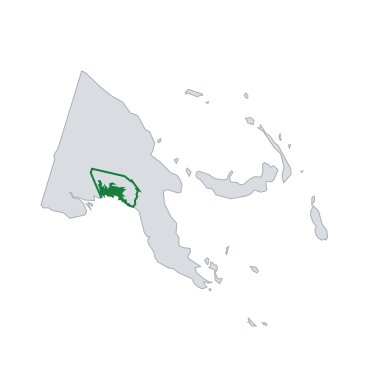 location of Kikori District, Gulf, Papua New Guinea, rotated 17°
{"feature_id": "67681753B67388913989028", "entity_name": "Kikori District", "entity_type": "district", "adm_level": 2, "iso_a3": "PNG", "parent_name": "Papua New Guinea", "parent_adm1": "Gulf", "projection": "robinson", "projection_center": [144.53, -7.347], "detail": "fine", "context": "in_parent", "style": "outline", "palette": "green", "viewbox_px": 384, "rotation_deg": 17, "n_neighbors": 0, "source": "geoboundaries", "source_scale": "gbopen_adm2", "svg_char_len": 9692}
<svg xmlns="http://www.w3.org/2000/svg" viewBox="0 0 384 384"><g transform="rotate(17 192 192)"><path d="M51.3,248.4L51.2,200.9L49.1,197.3L51.2,188.9L51.1,108.6L55.1,109.0L74.6,118.8L87.7,123.9L99.2,126.2L109.7,134.3L117.5,134.7L129.1,146.0L133.8,146.7L142.0,156.1L142.5,163.8L141.6,168.6L154.0,173.2L166.0,179.7L172.5,180.4L176.1,182.7L180.5,188.2L181.3,195.7L178.7,197.0L167.6,196.9L164.4,199.4L168.9,211.0L179.0,221.7L186.6,226.6L188.8,236.3L192.7,239.3L195.2,247.0L199.1,247.8L206.8,246.6L208.0,249.8L206.9,254.6L208.0,256.6L222.1,260.7L217.4,263.2L219.5,267.7L228.7,271.5L234.5,272.9L237.9,272.5L233.9,274.7L230.3,274.0L229.6,274.7L231.1,276.5L234.1,278.5L230.9,281.1L227.9,281.5L222.1,279.8L217.2,275.0L201.8,272.9L196.4,270.8L192.2,271.5L179.7,268.9L175.7,265.5L172.9,260.4L165.5,254.2L163.8,251.2L164.5,247.2L162.5,247.8L158.3,244.8L147.0,226.0L141.2,223.4L126.9,220.2L124.9,216.5L118.1,215.1L116.7,217.5L111.2,219.2L106.6,217.4L102.0,212.8L107.4,223.2L105.5,223.2L106.4,224.8L105.3,225.0L99.4,224.4L101.2,228.7L91.4,231.1L84.1,230.3L80.6,231.3L79.1,231.2L77.2,228.0L74.6,228.6L76.8,228.7L79.7,232.3L85.8,231.8L91.7,234.6L96.7,240.8L96.5,245.1L82.9,252.9L75.0,249.5L63.5,250.4L59.5,249.1L54.3,250.7L51.3,248.4ZM256.7,143.1L259.5,145.3L262.4,143.0L267.8,145.8L266.8,156.1L265.0,159.0L260.4,160.0L259.8,161.5L262.8,167.6L261.6,169.8L257.5,172.1L250.9,171.8L249.1,176.0L245.4,179.7L231.1,187.1L215.6,187.7L210.4,183.1L205.1,183.9L197.9,178.6L191.9,176.4L190.7,174.3L190.8,171.7L192.5,170.1L203.2,170.4L210.0,172.5L219.0,171.2L221.5,169.6L222.4,162.9L223.9,160.2L225.4,161.5L223.6,166.6L225.7,171.2L232.0,169.8L236.1,170.9L239.3,169.5L243.8,162.4L247.4,159.1L253.9,157.4L253.8,152.1L251.5,144.9L252.4,142.8L256.7,143.1ZM334.9,196.2L334.1,198.5L333.7,197.8L330.4,200.0L326.6,199.3L323.3,196.9L320.8,192.8L320.7,188.0L317.0,185.9L312.3,180.0L311.4,176.0L311.8,169.5L318.7,173.3L325.7,184.5L332.4,189.6L334.9,196.2ZM281.6,146.0L277.0,156.3L274.2,152.1L273.1,149.2L272.8,141.3L265.5,129.5L257.9,125.6L242.5,113.3L236.4,111.3L238.0,110.8L237.9,107.8L245.5,114.2L250.3,115.7L256.5,120.7L260.8,122.4L279.4,140.7L281.6,146.0ZM158.9,94.9L173.4,95.4L173.7,96.7L171.8,96.9L169.3,99.4L160.6,98.7L156.8,100.0L156.5,98.2L157.9,97.7L157.7,95.8L158.9,94.9ZM231.9,253.3L234.6,255.1L236.8,254.9L238.5,256.9L238.8,260.2L237.9,261.0L237.2,260.0L230.2,259.3L231.5,257.4L230.2,253.6L231.9,253.3ZM230.6,109.7L225.4,109.7L221.6,105.7L226.6,103.7L230.4,105.6L230.6,109.7ZM242.3,267.8L245.6,265.7L246.4,266.5L245.1,271.6L240.0,269.4L236.6,261.1L242.3,267.8ZM269.5,246.1L275.1,245.2L277.8,247.4L278.6,248.2L278.0,250.4L273.4,249.5L269.5,246.1ZM282.2,295.8L292.6,301.5L288.7,302.4L285.5,300.9L285.0,299.5L283.7,300.0L284.4,299.0L282.2,295.8ZM184.8,177.7L180.1,173.4L180.4,170.5L185.3,173.1L184.8,177.7ZM228.4,256.5L227.1,256.7L224.0,253.7L225.9,250.3L228.0,251.6L228.4,256.5ZM310.3,169.2L308.3,162.3L310.0,160.2L311.8,164.6L310.3,169.2ZM168.7,169.2L165.5,166.5L167.8,164.0L169.3,165.3L168.7,169.2ZM217.9,85.9L216.1,86.4L213.7,84.1L214.4,81.6L217.1,83.2L217.9,85.9ZM147.4,152.2L145.5,154.7L144.2,152.8L146.3,150.0L147.4,152.2ZM243.1,233.4L243.2,241.7L241.8,240.1L242.5,236.6L241.0,235.7L243.1,233.4ZM98.0,235.6L101.1,239.0L93.5,233.5L98.0,235.6ZM100.7,234.8L96.5,233.4L95.7,232.3L100.6,232.8L100.7,234.8ZM302.5,296.6L302.2,297.8L299.5,298.0L297.6,296.4L299.4,296.7L299.1,295.6L302.5,296.6ZM272.3,117.9L272.5,121.7L270.5,119.0L272.3,117.9ZM262.1,115.8L261.3,116.9L259.4,114.2L259.7,113.6L262.1,115.8ZM238.8,279.5L238.5,281.2L236.7,280.4L236.9,279.3L238.8,279.5ZM260.4,112.9L259.0,113.3L259.2,110.7L260.4,112.9ZM181.2,100.8L181.4,102.7L179.3,102.3L181.2,100.8ZM291.7,139.3L291.5,141.1L290.3,140.5L291.7,139.3Z" fill="#d9dde1" stroke="#a8b0b8" stroke-width="1"/><path d="M122.8,196.6L89.6,199.0L89.6,203.3L107.1,224.2L103.6,215.6L103.5,215.0L103.6,214.6L102.8,214.4L101.5,212.9L101.6,212.1L102.6,212.0L102.5,210.8L101.7,210.7L100.7,208.7L99.3,209.3L99.9,208.7L100.6,208.6L101.4,209.1L102.7,210.8L102.7,212.2L101.6,212.6L104.0,214.2L105.2,217.0L110.0,219.5L108.9,217.9L108.9,217.2L108.5,217.0L108.7,216.4L108.3,216.4L108.2,216.3L108.3,215.9L107.7,216.2L106.5,216.0L106.0,215.5L106.1,215.2L105.9,215.2L105.8,214.9L105.7,214.6L105.4,214.5L105.2,214.1L105.4,214.0L105.3,213.9L105.4,213.7L106.5,215.9L108.3,215.8L111.3,220.0L110.7,215.8L109.1,215.4L109.0,214.7L108.5,214.6L108.2,213.9L108.5,213.4L108.7,213.2L108.1,213.0L107.9,212.6L108.8,213.2L109.2,215.3L110.0,214.8L110.5,214.9L111.4,216.4L111.6,214.7L112.5,216.5L112.6,212.3L113.4,212.5L111.9,209.7L111.5,207.2L112.0,208.6L112.2,208.4L112.5,208.4L112.5,207.9L112.9,207.4L113.6,207.0L114.0,207.1L113.0,207.4L112.5,208.4L112.1,208.6L112.5,210.4L117.3,210.0L118.8,212.3L118.4,211.3L118.4,210.7L119.0,211.1L119.0,211.8L119.3,210.4L120.1,211.7L120.4,210.3L120.7,210.5L120.8,210.6L120.3,211.7L120.6,211.5L120.8,211.6L120.9,212.0L120.8,212.5L121.0,212.4L121.6,212.5L121.1,212.0L121.3,211.5L121.7,212.4L121.5,213.0L122.7,211.6L122.4,211.1L122.7,210.4L122.5,210.2L122.5,210.4L122.4,210.5L122.2,210.5L122.0,209.5L122.3,210.5L122.5,210.0L123.1,209.3L123.4,209.6L123.7,208.8L124.2,208.6L123.5,209.7L122.6,210.1L123.5,211.0L122.8,213.9L122.1,214.4L122.9,215.1L122.7,214.5L123.1,213.5L124.7,213.2L124.5,212.4L125.1,212.1L125.0,211.0L125.1,210.9L125.4,210.9L125.4,210.6L125.2,210.6L125.1,210.4L125.4,210.3L125.9,210.3L125.9,210.0L126.2,209.9L125.9,210.4L125.2,210.4L125.5,210.6L125.5,210.9L124.8,213.3L123.9,214.3L126.5,215.5L124.6,215.7L124.8,218.5L125.4,217.4L125.1,218.5L125.5,218.1L126.2,218.0L127.1,220.4L127.3,218.5L130.6,221.2L130.4,219.6L130.6,219.5L131.1,219.4L131.7,221.4L135.1,223.2L135.6,222.9L135.2,222.7L135.0,222.4L135.1,222.1L135.6,221.6L135.1,222.3L135.7,222.7L135.4,223.3L139.9,223.5L141.3,220.2L139.9,216.8L141.0,212.2L139.6,210.5L139.9,206.9L138.6,205.8L140.9,206.0L131.0,198.6L130.6,199.6L122.8,196.6ZM123.7,213.6L122.7,217.2L123.6,217.7L124.4,215.7L123.6,214.8L123.7,213.6ZM117.4,210.2L116.3,211.5L117.2,211.7L117.3,211.9L117.0,212.7L117.7,212.7L117.6,213.6L118.0,213.0L118.3,212.9L118.5,213.8L118.9,213.0L117.4,210.2ZM114.8,210.5L113.3,210.9L113.8,210.9L114.8,212.1L116.4,211.1L114.8,210.5ZM114.6,212.9L114.1,212.8L114.4,213.1L114.5,213.9L114.4,215.2L115.1,215.6L115.1,216.6L115.7,215.8L114.6,215.0L114.7,214.9L114.9,214.9L114.8,214.7L114.8,214.4L115.9,215.3L114.6,212.9ZM112.3,217.4L111.1,217.4L112.8,218.8L113.3,217.6L112.3,217.4ZM121.0,216.6L120.1,214.5L120.0,215.4L119.4,216.7L121.0,216.6ZM116.2,217.6L116.0,215.9L115.4,216.3L115.7,217.0L115.3,218.2L115.9,219.1L116.6,218.8L116.1,218.3L116.2,217.6ZM108.4,220.9L107.5,219.2L105.7,218.3L106.7,220.0L108.4,220.9ZM117.3,215.0L116.9,215.4L118.8,217.6L117.6,215.7L117.8,214.9L117.3,215.0ZM118.2,213.8L116.8,213.9L117.9,214.0L118.1,216.2L118.2,213.8ZM117.4,219.0L116.3,218.3L118.4,220.2L117.4,219.0ZM113.2,219.1L112.1,220.2L113.6,219.7L113.2,219.1ZM121.6,215.4L122.9,215.5L121.8,214.4L121.6,215.4ZM114.2,215.3L113.8,215.4L114.3,215.8L115.2,217.6L114.2,215.3ZM113.8,215.2L113.5,213.5L113.3,213.2L113.8,215.2ZM114.0,212.1L113.3,211.1L113.6,212.4L114.7,212.4L114.9,212.8L114.5,211.9L114.0,212.1ZM126.0,218.1L125.0,219.0L126.6,220.0L125.9,219.3L126.0,218.1ZM119.8,215.1L118.6,214.4L119.4,216.3L119.8,215.1ZM121.1,214.2L120.4,212.8L120.1,212.8L120.0,213.0L120.0,214.3L121.1,214.2ZM115.9,213.3L115.2,213.0L116.5,214.7L115.9,213.3ZM119.5,212.7L119.0,212.6L119.2,213.1L118.7,214.3L119.5,212.7ZM112.3,217.1L113.4,217.1L113.2,217.0L113.1,216.8L113.0,216.1L113.1,215.6L112.3,217.1ZM114.1,218.2L114.2,216.8L114.1,218.2ZM113.5,213.4L114.3,213.1L113.5,212.6L113.5,213.4ZM120.8,211.7L120.6,211.5L120.4,211.7L120.1,211.7L119.8,211.6L119.7,211.9L119.8,212.0L120.8,211.7ZM116.6,216.6L117.2,217.1L116.1,215.9L116.6,216.6ZM116.6,213.0L116.1,213.2L116.6,214.2L117.0,213.5L116.7,213.2L116.8,212.8L116.6,213.0ZM116.7,211.9L116.2,211.7L116.5,212.2L116.3,212.6L116.1,212.6L116.6,212.9L116.7,211.9ZM119.9,213.8L120.1,213.2L119.9,213.0L120.1,212.6L119.7,212.2L119.9,213.8ZM125.0,219.2L124.2,218.9L125.1,219.7L125.4,219.4L125.0,219.2ZM113.8,216.4L113.2,216.9L113.6,216.9L113.8,216.4ZM122.5,212.7L121.7,213.0L121.9,214.4L122.1,213.4L122.5,213.2L122.3,213.2L122.2,213.1L122.4,212.8L122.5,212.7ZM121.4,213.1L120.5,212.8L121.2,213.5L121.4,213.1ZM105.6,220.2L106.3,220.8L105.7,219.6L105.6,220.2ZM113.2,215.5L113.7,215.0L113.1,214.4L113.4,215.2L113.2,215.5ZM116.3,214.8L116.0,215.7L116.6,215.8L116.3,214.8ZM117.6,213.7L116.9,212.7L116.7,213.2L117.6,213.7ZM119.9,214.4L119.6,213.7L119.1,214.5L119.9,214.4ZM115.5,212.2L115.0,212.1L115.0,212.8L115.5,212.7L115.5,212.2ZM121.7,213.6L121.5,213.2L121.3,213.5L121.0,213.6L121.7,213.6ZM130.9,221.2L131.4,221.2L131.0,220.2L130.9,221.2ZM121.0,214.9L121.6,214.6L121.0,214.3L121.0,214.9ZM113.6,215.6L114.2,215.9L113.7,215.5L113.6,215.6ZM115.3,219.2L116.4,219.5L115.6,219.0L115.3,218.4L115.3,219.2ZM103.6,215.2L104.1,215.2L103.8,214.7L103.6,215.2ZM116.0,212.6L115.5,212.6L116.1,213.1L116.3,212.9L116.0,212.6ZM122.6,213.9L122.6,212.6L122.3,213.1L122.5,213.2L122.3,213.6L122.6,213.9ZM118.8,212.6L119.5,212.2L118.9,211.8L118.8,212.6ZM115.8,212.0L116.4,212.1L116.0,211.5L115.8,212.0ZM120.7,216.8L121.3,216.8L121.1,215.9L121.1,216.5L120.7,216.8ZM119.6,212.2L119.8,212.0L119.7,211.9L119.7,211.3L119.6,212.2ZM119.6,214.7L120.1,214.7L119.9,214.4L119.6,214.7ZM113.0,215.1L113.3,215.1L112.7,214.6L113.0,215.1ZM127.7,220.7L127.8,220.2L127.7,220.7ZM118.7,211.8L119.0,211.3L118.6,211.5L118.7,211.8ZM119.1,211.8L119.4,211.7L119.2,211.6L119.1,211.8ZM114.5,212.8L114.8,212.7L114.5,212.5L114.5,212.8ZM120.6,210.8L120.4,210.6L120.6,210.9L120.6,210.8ZM113.2,211.7L113.4,211.7L113.2,211.7ZM110.3,215.2L110.2,214.9L110.3,215.2ZM128.1,220.7L128.4,220.7L128.1,220.5L128.1,220.7Z" fill="none" stroke="#15803d" stroke-width="2"/></g></svg>